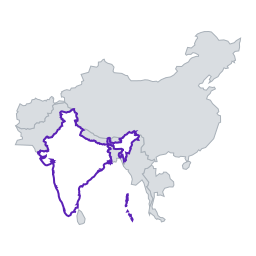 India highlighted among its neighbors
{"feature_id": "IND", "entity_name": "India", "entity_type": "country or territory", "adm_level": 0, "iso_a3": "IND", "parent_name": "Asia", "parent_adm1": "", "projection": "albers", "projection_center": [83.514, 21.122], "detail": "fine", "context": "with_neighbors", "style": "outline", "palette": "violet", "viewbox_px": 256, "rotation_deg": 0, "n_neighbors": 9, "source": "natural_earth", "source_scale": "50m", "svg_char_len": 12274}
<svg xmlns="http://www.w3.org/2000/svg" viewBox="0 0 256 256"><path d="M172.9,187.0L169.4,186.9L164.6,188.3L162.6,191.8L164.1,196.4L160.5,195.0L157.3,195.4L157.5,192.3L154.2,192.7L154.3,197.0L152.0,206.4L152.5,209.1L155.0,209.0L156.9,212.3L158.0,215.6L160.4,217.5L162.8,217.7L165.1,219.5L164.0,221.2L161.4,221.9L160.9,220.0L157.5,218.7L156.9,219.4L155.2,218.1L154.4,216.3L150.0,212.7L149.6,215.0L148.7,212.9L149.7,206.7L152.9,198.7L151.0,195.4L150.3,191.4L146.4,186.7L147.7,185.8L148.7,182.3L142.3,173.9L143.8,173.1L145.0,168.7L147.5,168.3L151.4,165.2L153.1,166.3L153.6,168.6L156.0,168.5L155.6,172.8L156.1,176.3L159.6,173.5L160.8,174.1L162.9,173.7L163.5,172.2L166.2,172.2L169.4,175.0L170.2,178.8L173.6,181.8L173.9,185.1L172.9,187.0Z" fill="#d9dde1" stroke="#a8b0b8" stroke-width="1"/><path d="M151.4,165.2L147.5,168.3L145.0,168.7L143.8,173.1L142.3,173.9L148.7,182.3L147.7,185.8L146.4,186.7L150.3,191.4L151.0,195.4L152.9,198.7L149.7,206.7L149.0,203.9L149.9,200.8L148.4,198.6L148.3,194.4L146.6,192.5L143.9,183.0L142.0,179.9L135.8,185.2L131.3,184.3L132.3,179.3L131.3,175.7L128.1,171.3L128.5,169.9L126.3,169.5L123.6,166.4L123.2,163.3L124.5,163.8L124.4,161.0L126.1,159.9L125.6,158.3L126.3,156.9L126.2,152.8L129.0,153.5L130.3,150.2L130.4,148.3L132.1,144.8L131.8,142.6L136.0,139.5L138.5,140.1L138.1,137.7L139.2,136.9L138.8,135.4L140.8,134.9L142.1,137.1L143.7,137.9L144.2,144.1L141.3,147.7L141.2,152.4L144.9,151.4L146.1,155.0L148.4,155.5L147.6,158.9L152.0,160.6L154.5,159.2L154.8,160.8L152.0,163.7L151.4,165.2Z" fill="#d9dde1" stroke="#a8b0b8" stroke-width="1"/><path d="M124.4,161.0L124.5,163.8L123.2,163.3L123.6,166.4L121.4,160.6L119.8,158.4L116.5,158.3L116.9,160.0L115.9,162.2L114.3,161.5L113.9,162.2L111.4,161.5L110.8,158.3L109.5,155.3L110.0,153.0L107.8,152.0L108.5,150.5L110.7,149.0L108.1,147.0L109.2,144.3L112.0,145.9L113.7,146.0L114.1,148.7L120.7,148.9L122.7,149.5L121.3,152.9L119.7,153.2L118.7,155.5L120.8,157.4L121.2,154.9L122.2,154.8L124.4,161.0Z" fill="#d9dde1" stroke="#a8b0b8" stroke-width="1"/><path d="M118.2,137.6L121.2,139.8L121.1,142.2L115.4,142.3L113.3,143.0L110.1,141.7L110.0,140.9L112.1,137.9L113.9,136.8L118.2,137.6Z" fill="#d9dde1" stroke="#a8b0b8" stroke-width="1"/><path d="M107.5,138.7L107.5,144.4L104.6,144.6L97.8,143.4L95.8,141.4L91.1,140.9L80.2,135.2L81.6,131.6L85.1,128.9L87.8,130.1L91.2,132.7L93.1,133.3L94.3,135.1L96.9,135.9L99.7,137.6L107.5,138.7Z" fill="#d9dde1" stroke="#a8b0b8" stroke-width="1"/><path d="M73.5,109.1L70.2,112.2L66.6,112.6L61.7,111.4L60.0,112.9L62.0,119.0L64.5,121.1L61.6,123.2L61.5,125.9L58.0,129.6L55.6,133.5L51.8,137.3L47.9,136.7L43.7,140.5L45.8,142.5L46.0,145.5L47.8,147.6L48.2,151.1L40.5,150.4L38.0,152.8L35.5,151.6L34.7,148.7L32.4,145.4L15.4,144.7L17.3,140.3L22.5,139.0L22.4,137.1L20.9,136.3L21.2,132.9L18.2,130.7L15.8,125.9L21.2,128.7L24.6,128.5L26.5,129.3L27.3,128.5L29.6,129.1L34.1,128.0L34.6,124.7L36.7,122.7L39.1,123.0L39.6,121.9L42.2,121.6L43.4,122.1L44.8,121.1L44.8,118.8L46.4,116.6L48.6,115.8L47.5,113.2L50.6,113.5L51.6,112.2L51.6,110.8L53.3,109.3L52.4,105.7L54.4,104.2L65.1,102.5L67.4,104.4L68.2,107.3L73.5,109.1Z" fill="#d9dde1" stroke="#a8b0b8" stroke-width="1"/><path d="M37.7,99.4L39.5,99.7L42.7,101.2L45.2,100.2L46.2,101.1L47.3,99.4L49.2,99.7L50.2,97.7L51.7,96.5L53.3,97.5L52.9,98.6L53.8,98.8L53.3,102.0L54.5,103.3L57.1,102.3L59.2,100.8L64.6,101.4L65.1,102.5L54.4,104.2L52.4,105.7L53.3,109.3L51.6,110.8L51.6,112.2L50.6,113.5L47.5,113.2L48.6,115.8L46.4,116.6L44.8,118.8L44.8,121.1L43.4,122.1L42.2,121.6L39.6,121.9L39.1,123.0L36.7,122.7L34.6,124.7L34.1,128.0L29.6,129.1L27.3,128.5L26.5,129.3L24.6,128.5L21.2,128.7L15.8,125.9L19.3,122.9L19.4,120.3L17.0,119.3L16.4,113.7L18.1,111.8L16.8,111.0L20.0,103.8L23.1,105.7L25.6,105.5L26.5,103.9L29.1,103.6L31.0,102.7L32.0,99.8L34.8,99.3L35.4,98.1L37.7,99.4Z" fill="#d9dde1" stroke="#a8b0b8" stroke-width="1"/><path d="M85.1,218.7L84.4,222.7L82.8,223.7L79.3,224.5L77.5,221.5L76.9,215.9L78.8,209.7L81.5,211.9L85.1,218.7Z" fill="#d9dde1" stroke="#a8b0b8" stroke-width="1"/><path d="M186.2,169.4L183.1,168.7L182.4,165.4L183.9,163.3L187.6,161.6L189.7,161.4L190.7,162.7L189.5,164.7L189.0,167.1L186.2,169.4ZM81.8,83.7L81.6,81.6L83.7,80.7L81.1,74.4L88.6,72.3L90.8,66.1L96.7,67.2L98.3,65.6L98.4,62.1L100.9,61.8L103.1,59.5L104.2,59.2L105.0,61.5L107.6,63.2L111.8,64.4L114.0,67.1L113.0,71.2L114.2,72.7L121.8,73.4L125.6,75.4L127.5,75.6L129.2,78.8L131.1,80.8L140.8,80.7L144.9,79.8L147.9,80.0L152.7,81.6L156.4,81.2L157.9,82.1L161.2,79.7L165.9,77.7L170.5,76.9L173.8,75.0L177.5,71.2L175.6,68.9L176.8,66.4L181.7,66.5L184.3,64.1L188.5,61.9L190.2,59.2L192.0,57.8L196.2,56.4L198.5,56.3L198.6,55.0L195.4,53.2L192.9,52.6L190.9,54.4L188.0,54.4L186.4,55.2L185.4,54.0L187.6,47.4L191.3,48.0L194.9,45.0L194.5,43.6L196.3,39.6L197.6,38.2L197.1,36.5L195.4,36.1L197.4,34.0L200.7,32.6L204.3,31.6L208.6,31.5L211.4,32.0L216.8,37.4L218.8,40.3L223.9,39.9L227.9,41.2L230.0,44.0L234.3,42.7L236.3,40.6L240.6,38.1L240.1,41.5L239.4,43.1L239.6,47.1L238.8,50.9L235.1,51.4L233.0,53.4L234.6,56.1L235.5,60.3L234.0,60.8L234.5,62.6L232.0,61.1L231.4,63.4L227.3,66.2L228.3,68.0L225.7,68.6L224.0,67.8L222.6,70.9L219.8,73.7L218.0,76.7L214.0,78.8L212.1,81.0L209.1,82.8L210.3,80.7L209.3,79.5L211.2,76.5L209.1,75.0L203.9,80.2L202.6,83.0L199.6,83.8L198.4,85.8L200.6,88.0L203.2,88.0L203.7,89.6L206.4,90.2L209.3,86.7L212.4,87.5L214.4,87.1L215.4,88.9L211.2,91.0L210.2,93.4L207.6,95.9L206.6,98.9L210.4,100.2L212.5,103.6L218.2,108.9L218.8,111.7L217.0,113.3L218.3,115.1L220.5,115.8L220.6,122.2L218.9,123.0L213.7,138.7L205.6,147.5L201.8,148.7L200.0,150.9L198.6,149.8L197.0,152.1L192.4,155.0L188.8,156.2L188.3,160.5L186.4,161.1L185.0,158.4L185.6,156.8L180.6,156.3L179.1,157.2L175.4,156.7L173.5,155.4L173.7,153.0L170.4,152.8L168.5,151.5L165.8,154.0L159.6,155.2L156.1,157.2L157.1,161.6L155.2,161.7L154.5,159.2L152.0,160.6L147.6,158.9L148.4,155.5L146.1,155.0L144.9,151.4L141.2,152.4L141.3,147.7L144.2,144.1L143.7,137.9L142.1,137.1L140.8,134.9L138.8,135.4L135.1,135.1L136.1,133.4L134.3,131.1L132.1,132.9L129.2,132.2L125.4,134.9L122.5,138.0L119.8,138.6L118.2,137.6L113.9,136.8L112.1,137.9L110.0,140.9L109.6,137.8L107.5,138.7L99.7,137.6L96.9,135.9L94.3,135.1L93.1,133.3L91.2,132.7L87.8,130.1L85.1,128.9L83.7,129.8L75.9,124.5L75.1,120.2L77.5,120.8L77.6,118.8L76.4,116.8L76.8,113.7L73.5,109.1L68.2,107.3L67.4,104.4L65.1,102.5L64.6,101.4L64.5,97.7L62.6,96.8L61.5,97.1L60.9,93.6L61.9,92.8L61.5,91.9L64.6,90.3L66.8,89.7L70.0,90.4L71.3,88.1L75.3,87.8L76.5,86.3L81.4,84.5L81.8,83.7Z" fill="#d9dde1" stroke="#a8b0b8" stroke-width="1"/><path d="M38.0,152.2L38.8,151.9L40.0,151.9L40.1,150.7L40.3,150.6L40.4,150.8L43.0,151.0L43.8,151.5L44.6,151.4L44.9,151.1L46.3,150.7L46.5,150.7L46.6,151.3L47.0,151.5L48.2,150.9L48.0,150.2L48.3,149.8L47.2,146.8L47.2,145.8L45.9,145.6L45.4,144.7L45.8,142.4L43.7,141.3L43.9,139.8L45.2,138.5L46.2,137.1L47.1,136.5L47.9,136.9L48.0,137.6L48.4,137.9L52.1,137.1L52.4,136.3L53.1,135.7L53.9,134.2L55.9,133.2L57.1,131.3L57.7,129.8L59.2,129.3L59.7,128.8L59.6,128.0L61.2,126.3L62.2,125.8L61.8,125.2L62.1,124.1L61.9,123.1L62.1,122.7L64.7,121.3L64.4,120.7L62.7,120.1L62.6,119.1L61.6,119.0L61.5,118.1L60.6,117.3L61.1,116.1L60.6,115.3L61.6,114.5L60.5,113.9L60.7,113.3L60.2,112.7L60.8,111.7L61.9,111.3L66.4,112.6L67.5,112.0L69.3,111.8L70.7,110.9L70.9,110.4L73.3,109.1L74.1,109.1L74.0,110.0L74.9,112.5L76.1,112.9L77.0,113.7L77.0,114.0L76.2,114.8L76.4,116.8L77.4,118.1L77.3,118.6L77.6,119.0L77.6,120.7L76.6,121.2L75.9,120.3L74.9,120.6L75.2,121.7L76.0,122.8L75.8,123.6L76.2,124.1L75.9,124.6L75.9,125.2L76.7,125.2L76.8,124.9L77.1,125.0L78.4,126.6L79.4,126.7L80.6,127.4L80.7,128.3L82.3,128.9L83.4,129.9L82.9,130.0L81.3,131.6L80.8,132.8L80.7,133.6L80.2,134.4L80.1,135.1L81.3,135.9L81.9,135.8L86.1,138.9L86.6,138.7L88.2,139.7L89.0,139.7L89.1,140.3L91.0,140.9L91.6,140.5L92.9,140.9L93.8,140.4L95.6,141.2L95.8,142.2L97.4,142.9L97.8,143.3L98.9,142.9L99.3,143.2L99.7,143.9L100.4,143.7L102.8,144.5L103.9,144.0L104.2,144.4L104.8,144.7L105.3,144.5L106.8,144.4L107.3,144.6L107.8,143.2L107.2,141.6L107.7,139.2L107.5,138.6L107.6,138.4L109.1,137.8L109.9,138.1L110.0,138.6L109.7,140.0L110.3,140.8L109.7,141.4L110.2,142.2L111.2,142.7L111.8,142.6L113.3,143.1L114.6,142.9L115.3,142.3L116.7,142.7L118.6,142.5L119.0,142.2L119.9,142.4L121.0,142.2L121.2,141.9L120.9,141.2L121.2,140.4L120.8,139.8L120.0,139.9L119.5,139.5L119.6,138.7L120.7,138.7L121.1,138.4L122.6,138.0L123.1,137.6L122.9,137.3L123.1,137.0L124.2,136.2L124.9,135.0L126.6,134.5L127.3,133.9L127.4,133.5L129.3,132.0L129.9,132.5L132.0,132.9L132.4,132.2L134.1,131.1L134.8,131.9L135.2,131.8L134.5,132.5L134.6,133.1L135.5,132.6L136.1,133.6L135.2,135.1L135.6,135.2L136.3,134.8L136.9,135.1L137.9,135.0L138.8,135.6L138.9,136.7L137.5,138.2L138.4,139.9L137.9,139.9L137.1,139.2L135.3,139.6L131.8,142.5L131.6,143.5L132.0,144.7L131.4,146.1L130.3,147.6L130.2,148.1L130.8,148.7L129.5,151.6L129.1,153.4L127.5,153.0L126.8,153.2L126.2,152.9L126.6,154.4L126.6,156.5L126.4,156.9L125.9,157.0L125.7,158.2L126.0,160.1L125.7,160.3L125.2,161.1L124.5,160.6L124.0,161.2L123.6,158.5L123.1,157.5L122.5,154.6L121.4,154.6L121.5,155.3L120.9,156.2L120.9,157.2L120.5,157.5L120.1,157.3L119.8,156.6L119.5,156.7L119.6,157.1L119.4,157.0L118.7,155.2L118.9,153.8L119.3,153.1L121.1,152.6L121.3,152.0L121.9,151.8L122.2,149.9L123.0,150.0L123.0,149.6L121.5,148.8L115.9,149.1L113.8,148.6L113.7,146.1L113.1,145.0L112.8,145.2L112.7,145.9L112.1,145.9L111.4,145.5L110.8,144.4L110.5,144.5L110.7,145.0L110.2,145.0L109.7,144.9L109.4,144.3L108.6,143.8L108.5,144.1L108.8,144.6L107.9,145.7L107.6,146.5L109.1,147.8L110.1,148.0L110.7,148.9L110.3,149.2L109.0,149.2L108.6,150.4L108.0,150.3L107.6,151.5L108.0,152.0L110.1,152.8L110.0,153.9L109.6,155.2L110.2,156.1L110.2,156.8L110.9,157.1L110.7,157.6L111.5,160.6L111.4,162.0L111.2,162.0L111.6,163.1L111.1,163.1L110.9,162.8L110.5,163.4L110.3,162.8L110.4,161.7L110.0,161.3L109.9,163.1L109.4,163.3L108.8,162.8L108.7,163.3L108.3,163.3L108.0,163.0L108.5,161.3L107.7,160.8L107.5,160.4L107.6,160.8L108.3,161.3L107.6,162.5L106.7,163.2L104.6,163.9L103.8,164.9L103.7,165.5L104.2,167.1L103.5,168.6L102.6,169.2L102.1,169.8L101.7,169.7L101.9,169.9L101.6,170.3L99.3,171.1L99.0,171.1L99.2,170.9L99.0,170.4L98.1,170.9L97.8,171.5L98.5,171.2L98.8,171.4L96.4,173.4L94.0,176.7L92.3,177.6L90.7,179.4L87.6,181.4L87.3,182.0L87.6,182.6L87.2,183.5L85.3,184.4L83.6,184.3L82.4,186.6L81.8,186.5L81.7,186.1L81.2,186.0L79.9,186.7L79.1,188.2L78.9,189.2L79.3,191.6L79.1,192.6L79.7,195.5L79.2,194.5L78.8,195.0L79.9,195.9L79.4,198.6L77.9,201.3L77.5,202.9L77.6,203.4L77.2,203.9L77.6,203.8L77.8,204.3L77.7,207.7L76.5,207.7L75.7,207.9L75.4,208.8L74.2,210.6L74.1,211.0L74.4,211.5L75.9,212.1L74.3,211.7L72.1,212.3L71.2,213.1L70.6,215.0L68.5,216.1L66.7,215.2L64.8,212.8L64.0,210.6L63.8,208.8L64.2,209.2L64.3,210.3L64.6,210.3L64.2,208.8L63.7,208.2L63.7,207.7L62.1,203.1L61.4,201.8L60.2,200.3L59.4,198.3L58.8,196.3L58.6,193.9L57.7,190.7L56.2,188.3L55.7,187.0L56.2,187.0L55.6,186.3L55.9,186.0L55.3,185.7L54.2,182.7L53.9,178.1L53.1,174.0L53.7,172.6L53.6,172.0L53.0,172.7L53.0,172.3L53.0,171.4L53.7,171.6L53.0,171.2L53.1,170.6L52.8,170.3L52.7,169.3L53.7,166.0L53.5,164.3L53.1,164.0L52.9,163.2L53.3,162.9L52.9,162.9L54.8,161.8L52.7,161.9L52.9,161.2L53.4,160.9L52.7,160.8L52.9,160.1L53.8,159.9L51.6,159.6L52.0,159.9L51.9,160.3L51.0,161.3L51.5,161.7L51.6,162.5L50.7,163.9L47.0,165.3L45.9,165.2L45.1,164.8L43.6,163.3L40.9,159.8L40.2,158.6L40.6,158.0L41.3,158.7L44.6,157.8L45.9,156.3L45.9,155.9L45.3,156.4L44.5,156.4L42.8,157.0L41.4,156.5L39.4,154.9L38.7,153.4L40.1,152.4L38.1,153.2L38.0,152.2ZM126.9,202.2L126.7,202.2L126.1,200.9L126.6,199.6L127.0,199.5L126.7,198.3L127.0,195.1L127.2,194.5L127.7,194.3L127.8,194.8L127.6,195.1L127.8,195.5L127.2,196.7L127.5,197.0L127.7,198.2L127.2,198.6L127.4,199.5L126.9,200.4L127.1,200.8L126.9,202.2ZM132.6,219.5L132.3,220.4L131.6,219.4L131.6,218.7L132.2,218.5L132.6,219.5ZM126.3,206.0L125.8,206.1L125.7,205.3L126.2,204.7L126.5,205.4L126.3,206.0ZM130.5,216.1L130.2,216.2L130.1,215.7L130.5,216.1ZM130.9,215.4L130.6,215.6L130.6,214.8L130.8,214.8L130.9,215.4ZM131.8,218.1L131.4,218.5L131.3,218.3L131.6,217.9L131.8,218.1ZM127.8,211.3L127.4,211.4L127.6,211.0L127.8,211.3ZM126.8,202.8L126.5,202.8L126.6,202.3L126.8,202.5L126.8,202.8ZM127.9,200.2L128.1,200.7L127.7,200.3L127.9,200.2ZM129.1,214.4L129.4,214.9L129.0,214.7L129.1,214.4ZM126.6,196.7L126.5,197.3L126.6,196.6L126.6,196.7Z" fill="none" stroke="#5b21b6" stroke-width="2"/></svg>